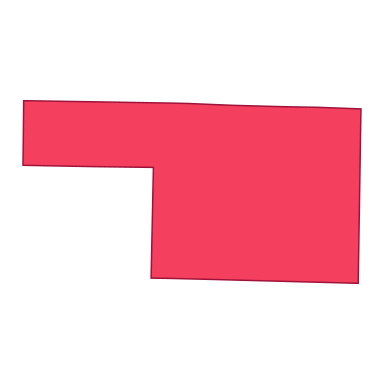 the district of Christian, Missouri, United States of America
{"feature_id": "52423323B44672295900788", "entity_name": "Christian", "entity_type": "district", "adm_level": 2, "iso_a3": "USA", "parent_name": "United States of America", "parent_adm1": "Missouri", "projection": "equal_earth", "projection_center": [-93.267, 36.954], "detail": "fine", "context": "isolated", "style": "filled", "palette": "rose", "viewbox_px": 384, "rotation_deg": 0, "n_neighbors": 0, "source": "geoboundaries", "source_scale": "gbopen_adm2", "svg_char_len": 367}
<svg xmlns="http://www.w3.org/2000/svg" viewBox="0 0 384 384"><path d="M23.7,100.7L23.0,165.3L92.2,166.6L153.4,167.4L151.1,278.1L169.2,278.4L206.6,279.3L244.5,280.3L358.2,283.3L360.8,118.1L361.0,108.9L317.6,107.3L283.4,106.7L231.9,105.3L188.5,103.5L172.4,103.1L159.2,102.9L128.5,102.4L93.5,101.8L23.7,100.7Z" fill="#f43f5e" stroke="#9f1239" stroke-width="1.5"/></svg>